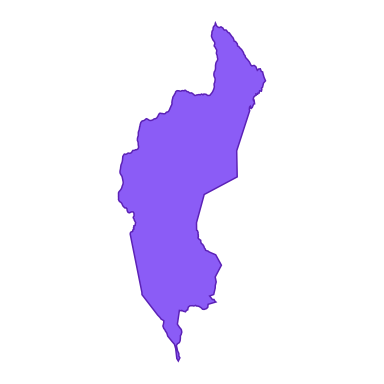 the district of Mul/Baiyer District, Western Highlands, Papua New Guinea
{"feature_id": "67681753B50383451708393", "entity_name": "Mul/Baiyer District", "entity_type": "district", "adm_level": 2, "iso_a3": "PNG", "parent_name": "Papua New Guinea", "parent_adm1": "Western Highlands", "projection": "equal_earth", "projection_center": [144.148, -5.548], "detail": "fine", "context": "isolated", "style": "filled", "palette": "violet", "viewbox_px": 384, "rotation_deg": 0, "n_neighbors": 0, "source": "geoboundaries", "source_scale": "gbopen_adm2", "svg_char_len": 5818}
<svg xmlns="http://www.w3.org/2000/svg" viewBox="0 0 384 384"><path d="M237.2,176.9L236.7,150.8L249.7,110.7L249.3,109.5L249.6,107.0L250.2,106.3L250.5,107.9L251.0,107.5L251.3,108.3L252.3,107.4L253.0,105.5L253.9,103.9L254.6,103.8L254.1,100.2L253.5,100.5L253.2,99.4L253.7,97.2L255.0,95.8L256.1,95.3L255.9,94.0L257.6,94.3L257.8,93.2L259.1,93.1L259.6,90.8L261.4,91.2L261.8,89.5L261.5,88.2L262.5,87.3L263.5,83.1L265.5,80.8L264.0,77.2L263.1,74.1L262.6,71.9L261.3,71.4L260.3,68.8L258.7,69.0L257.3,70.3L255.8,66.6L254.1,65.4L251.9,65.9L250.9,65.1L249.4,62.0L247.8,59.9L245.5,57.4L245.0,55.5L244.0,54.4L243.4,52.4L241.5,49.4L240.3,48.4L238.7,46.5L237.6,46.0L237.3,43.8L235.5,41.5L234.2,41.2L233.7,39.3L232.8,37.4L232.0,36.7L229.3,32.9L229.0,32.9L228.3,32.6L227.7,32.1L226.3,30.2L226.0,30.0L225.1,30.0L224.5,30.1L224.0,29.8L223.3,28.9L223.0,28.2L222.5,27.7L221.9,27.5L221.2,26.9L220.7,26.9L219.7,27.5L219.1,27.5L218.1,27.2L217.0,26.3L216.4,25.5L216.1,24.7L215.9,24.3L215.9,24.0L215.4,23.0L215.2,23.7L215.2,24.3L215.1,24.7L214.6,25.5L214.1,26.0L213.5,26.8L213.1,28.0L213.1,28.9L213.0,29.7L212.8,30.2L212.3,30.8L212.1,31.4L211.9,32.1L211.9,33.7L211.5,35.2L211.5,35.8L211.5,36.5L212.8,39.7L213.2,40.3L213.3,40.3L214.3,41.7L214.6,42.2L214.7,42.9L214.8,44.0L214.6,44.5L214.3,45.0L214.2,45.4L214.2,46.0L214.6,46.7L215.0,46.9L215.4,47.5L215.7,48.5L216.5,49.5L216.7,50.1L216.7,51.2L216.4,52.6L216.4,53.7L217.1,55.3L217.3,56.2L217.3,57.1L217.7,58.5L217.7,59.1L217.6,59.9L217.2,60.7L216.4,61.9L215.9,63.1L215.5,65.4L215.5,68.4L215.2,70.2L214.9,70.9L214.3,71.8L214.0,73.1L213.9,74.0L213.9,75.3L214.2,76.5L214.6,77.3L214.6,77.5L214.8,77.7L215.1,78.9L215.1,80.0L214.8,82.0L214.7,82.2L214.7,82.4L214.2,83.5L214.1,83.8L214.1,85.2L214.3,86.0L214.3,87.0L214.2,87.6L213.8,89.0L212.7,91.6L212.3,92.2L211.3,93.6L210.7,94.2L210.2,95.0L209.7,95.4L207.7,95.5L206.1,94.3L204.5,94.1L203.7,94.1L203.2,94.7L202.8,94.7L201.8,94.1L201.3,94.1L200.3,94.8L199.9,94.8L199.5,94.6L198.6,94.6L197.4,94.9L196.5,95.0L195.8,95.4L194.9,95.5L194.4,95.3L193.9,94.6L192.1,93.2L191.6,92.9L190.1,93.0L189.6,92.9L189.0,92.5L188.5,92.0L187.8,91.6L187.3,91.7L186.9,91.6L186.5,91.3L185.8,90.5L185.2,90.2L184.9,90.2L184.4,90.7L184.0,90.8L183.0,90.6L182.2,90.6L181.8,90.7L180.8,91.2L180.0,91.2L179.7,91.0L179.0,90.8L177.1,90.7L176.4,91.1L175.6,91.9L175.6,92.2L175.2,93.4L174.5,94.3L174.2,95.1L173.6,96.0L172.9,97.1L172.8,97.5L172.8,98.2L172.5,98.9L172.1,100.8L171.9,102.4L171.9,103.0L172.0,103.2L172.0,103.8L171.7,104.9L171.2,105.7L169.8,108.9L169.8,109.1L169.2,110.2L169.1,110.5L168.6,111.2L167.9,111.9L166.8,112.1L166.4,112.2L165.3,113.5L164.5,113.8L163.6,113.8L162.2,113.5L161.4,113.5L160.3,113.2L159.9,113.2L159.3,113.7L158.8,114.3L157.9,116.2L156.7,118.0L155.5,118.7L155.1,118.8L154.4,118.8L153.8,119.1L152.8,119.9L151.9,120.2L150.9,120.5L149.5,120.4L147.5,119.1L146.5,118.7L146.0,118.9L144.4,120.3L143.7,120.6L142.8,120.8L142.3,121.0L141.9,121.3L141.7,121.3L141.5,121.6L140.8,122.5L140.2,124.5L139.9,126.3L139.7,126.6L139.2,129.7L138.5,131.6L138.3,132.4L138.3,134.1L138.3,135.3L138.2,136.0L137.7,137.2L137.4,138.8L137.4,140.5L137.9,141.6L138.2,142.9L138.2,144.3L138.3,145.4L138.5,146.0L138.5,146.6L138.6,147.2L138.2,148.4L137.6,149.2L137.2,149.4L136.6,149.7L135.7,149.7L134.5,150.3L134.1,150.4L132.9,150.4L132.5,150.9L132.5,151.0L131.6,152.3L130.7,153.1L130.1,153.3L129.4,153.3L128.8,153.1L128.0,153.1L127.7,153.3L127.0,153.8L126.0,154.3L125.5,154.3L124.9,154.1L124.3,154.1L124.1,154.4L123.3,155.5L123.1,156.0L122.8,156.4L122.5,160.1L122.1,162.2L121.8,163.0L121.0,165.0L120.7,166.8L120.5,168.7L120.0,171.1L120.0,172.4L120.2,173.4L120.8,174.5L121.5,175.6L122.0,176.4L122.3,177.6L123.1,181.6L123.2,182.7L123.1,183.5L122.9,184.4L122.2,186.1L121.7,187.9L121.4,188.6L120.2,190.4L119.7,190.9L118.9,191.9L118.5,192.8L118.5,194.5L118.6,195.3L118.5,195.5L118.5,196.8L118.6,198.4L118.5,199.0L118.5,199.6L119.1,200.9L119.3,201.0L119.4,201.3L119.6,201.6L120.5,202.1L121.2,202.7L121.9,203.6L122.2,204.4L122.9,205.9L123.3,206.4L123.6,206.7L124.3,207.4L124.8,207.9L125.3,208.0L126.0,207.8L126.9,208.7L127.2,210.4L127.2,210.8L127.8,211.9L128.0,212.3L128.5,212.6L129.4,212.8L129.7,212.8L130.7,212.2L131.8,211.8L133.0,211.9L133.7,212.7L134.0,213.4L134.0,214.0L134.1,215.7L133.8,216.4L133.5,216.7L133.3,217.2L133.2,217.8L133.6,218.3L133.9,218.7L134.0,219.1L134.2,219.4L134.2,219.8L134.4,220.4L134.6,220.7L135.6,222.5L135.3,224.2L135.2,224.6L135.3,225.0L135.0,225.3L134.9,225.6L134.6,225.7L134.0,225.7L133.8,225.9L133.9,227.4L133.6,227.6L133.4,228.0L133.9,228.7L134.0,229.0L133.8,229.2L133.1,229.7L132.8,230.0L132.7,230.4L132.7,231.2L132.5,231.5L131.2,231.9L130.6,232.4L130.3,233.1L130.2,234.1L141.9,292.4L142.0,294.7L157.7,315.1L160.2,317.7L160.9,318.9L163.8,320.7L163.7,322.6L163.4,324.3L162.9,326.0L163.8,328.5L164.8,329.7L165.6,331.4L166.6,332.6L167.3,334.6L167.7,336.1L171.8,341.2L174.4,344.2L175.7,348.7L176.8,358.5L178.3,361.0L179.9,357.8L178.9,356.2L178.8,353.4L177.5,350.7L177.0,348.1L176.4,345.5L177.4,343.8L179.3,342.6L180.1,340.8L180.4,338.1L180.4,335.6L181.1,334.7L181.8,332.1L181.4,329.9L180.7,328.7L179.6,327.5L177.4,324.2L177.5,323.3L179.4,310.4L181.3,310.8L181.8,310.4L183.2,311.2L185.5,311.8L186.5,310.3L187.7,309.9L187.9,308.6L188.3,307.1L189.9,305.8L192.5,305.7L193.8,306.0L195.7,305.4L196.4,306.0L197.9,306.1L199.2,306.5L201.3,307.9L202.5,309.2L204.1,309.4L206.5,308.6L207.8,307.3L208.1,304.3L215.9,302.0L214.7,300.9L214.0,299.5L212.4,299.5L209.6,296.0L213.7,294.5L215.2,288.1L215.3,285.4L216.2,282.0L215.2,277.0L221.4,265.2L215.7,254.8L209.2,252.0L208.3,251.2L205.6,250.3L205.3,249.1L204.3,247.8L203.9,246.2L203.3,245.6L202.8,244.5L201.3,243.4L200.8,241.9L200.7,240.3L199.1,239.2L198.0,237.9L198.4,236.5L198.1,236.0L198.4,235.0L198.0,234.1L198.1,232.5L197.4,230.6L196.6,230.2L196.5,222.7L204.2,194.5L237.2,176.9Z" fill="#8b5cf6" stroke="#5b21b6" stroke-width="1.5"/></svg>